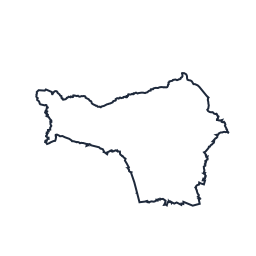 Jungapeo, Michoacán, Mexico (Equal Earth projection), rotated 106°
{"feature_id": "50627088B21047289087879", "entity_name": "Jungapeo", "entity_type": "district", "adm_level": 2, "iso_a3": "MEX", "parent_name": "Mexico", "parent_adm1": "Michoacán", "projection": "equal_earth", "projection_center": [-100.507, 19.411], "detail": "fine", "context": "isolated", "style": "outline", "palette": "slate", "viewbox_px": 256, "rotation_deg": 106, "n_neighbors": 0, "source": "geoboundaries", "source_scale": "gbopen_adm2", "svg_char_len": 5815}
<svg xmlns="http://www.w3.org/2000/svg" viewBox="0 0 256 256"><g transform="rotate(106 128 128)"><path d="M165.7,201.4L164.0,199.1L163.4,198.8L161.1,196.0L160.4,194.5L159.1,194.4L156.7,194.6L156.3,195.0L155.8,194.9L155.1,195.5L154.5,195.6L153.9,194.5L154.3,192.1L154.7,191.1L153.8,188.8L154.3,186.0L154.6,181.5L155.5,178.8L156.1,178.2L155.7,176.4L155.8,173.4L155.5,173.2L155.3,171.6L155.5,170.7L155.9,170.0L155.1,168.9L155.1,168.2L154.8,167.1L154.8,163.5L156.1,162.9L156.6,162.9L156.0,162.1L155.4,161.9L155.4,161.3L154.5,161.7L154.4,160.8L154.1,160.5L154.3,159.4L154.8,158.9L154.5,150.5L155.4,148.8L155.2,148.2L155.4,146.3L157.0,144.8L157.8,144.8L157.8,143.8L159.0,140.8L158.2,140.7L157.2,141.3L155.6,139.4L154.7,138.7L154.8,138.1L154.5,138.3L153.9,137.5L154.7,136.1L154.4,135.5L154.2,135.5L152.8,133.5L153.3,131.8L152.8,131.8L153.0,131.5L153.2,130.2L152.9,129.3L155.1,128.5L155.7,127.9L156.3,126.3L156.6,126.0L156.4,125.5L157.5,124.0L158.2,121.9L160.1,122.0L162.8,119.1L164.5,117.5L165.5,116.4L165.9,116.7L166.5,116.7L166.6,117.0L166.9,116.3L167.5,116.2L167.9,115.5L169.1,115.1L169.6,114.1L169.6,112.4L170.5,112.5L178.4,107.0L187.5,101.6L188.0,101.7L188.0,101.3L196.2,96.5L193.7,90.6L193.4,90.5L193.0,89.8L193.4,89.7L193.3,88.7L193.9,88.7L193.7,87.1L193.2,86.9L192.1,85.3L191.7,82.9L191.1,81.9L190.1,81.3L190.0,80.8L189.2,80.9L189.5,79.5L188.5,79.5L188.4,79.0L188.0,78.9L187.9,78.1L188.1,77.6L187.3,77.5L187.4,77.3L187.0,75.9L186.5,74.9L187.5,71.9L190.0,71.7L191.9,72.1L191.3,70.7L191.3,70.1L191.6,69.4L188.4,69.4L188.1,68.5L187.6,68.6L187.8,68.4L187.5,67.1L186.9,67.2L187.1,66.3L187.5,65.8L188.1,65.4L187.4,65.1L187.9,62.7L186.2,60.7L187.2,55.6L185.9,55.8L185.8,53.9L183.7,54.4L184.8,44.4L181.1,38.2L176.9,40.4L176.6,39.9L176.2,40.8L175.6,39.8L174.6,41.7L174.4,41.5L173.0,41.4L171.8,43.0L169.9,44.3L168.8,44.7L168.5,45.3L167.4,46.0L166.7,46.1L166.6,46.8L165.0,46.4L163.9,45.8L162.8,44.2L160.8,44.5L161.2,42.9L161.3,39.5L157.2,39.5L157.7,41.7L155.8,41.6L155.8,40.9L155.1,40.1L153.7,40.4L153.6,40.0L152.8,40.0L152.8,40.3L151.3,41.2L151.2,41.9L150.9,42.7L150.6,42.0L150.0,41.7L150.0,42.2L149.7,42.2L149.6,42.8L147.5,42.9L146.3,43.7L144.2,44.5L142.9,43.3L142.1,43.5L141.6,44.1L141.2,43.8L140.7,44.1L140.1,44.0L140.0,43.7L139.0,43.7L138.9,44.4L138.4,44.6L137.5,43.7L136.5,43.4L136.3,42.9L135.7,42.9L134.5,43.7L133.6,43.7L134.3,44.7L132.9,45.7L132.7,45.7L132.6,45.4L132.3,45.5L130.4,48.2L129.5,47.1L125.8,45.4L125.0,45.1L123.7,45.1L123.4,44.2L121.7,43.7L120.4,42.5L119.7,42.4L118.4,41.4L116.7,41.6L117.1,42.7L113.7,41.0L113.4,40.4L112.0,39.7L110.9,40.0L110.6,39.9L110.3,41.3L109.9,40.6L109.7,39.6L109.2,39.3L108.3,39.3L106.7,37.6L106.3,36.1L105.9,35.7L105.2,34.5L105.1,33.8L105.1,33.0L104.5,32.0L104.9,30.5L104.5,30.4L103.5,31.9L102.5,32.2L101.9,33.2L101.4,33.2L99.1,35.5L97.9,35.3L96.3,36.4L95.6,37.5L96.3,38.1L96.3,39.7L95.6,40.1L94.4,39.8L95.4,41.4L95.4,42.0L95.7,42.4L95.6,43.4L95.8,44.7L95.0,44.9L93.8,44.2L92.5,44.6L92.1,44.1L91.9,44.2L91.4,45.7L90.7,45.9L90.2,46.4L89.9,46.9L90.5,47.8L90.4,49.4L89.5,50.8L89.5,51.3L90.0,52.4L90.1,54.0L89.6,55.7L88.6,56.8L87.2,56.2L83.9,56.6L82.5,57.4L80.8,58.0L78.9,59.1L77.9,59.0L77.1,59.5L76.5,59.1L75.4,61.3L68.8,70.8L67.8,72.8L67.4,75.7L67.8,77.1L65.5,79.6L65.1,81.0L65.3,82.7L65.2,84.1L64.0,84.9L61.9,85.6L60.4,86.8L59.8,89.1L60.2,90.8L60.3,91.1L60.8,91.1L61.7,90.4L63.3,89.9L64.3,90.2L65.2,91.1L66.1,91.0L66.9,91.7L67.2,92.6L68.1,93.4L68.5,94.1L68.3,95.7L69.4,98.0L70.3,98.3L71.8,101.0L72.4,101.0L73.1,101.6L74.8,101.0L75.2,101.4L76.8,101.3L77.9,101.6L78.5,102.6L78.6,103.9L79.1,104.6L79.0,105.0L79.5,107.4L80.3,109.1L81.3,110.2L81.8,112.5L82.6,113.9L83.0,114.5L83.8,114.6L84.0,115.0L84.1,115.8L84.5,116.1L84.6,116.7L85.8,116.6L86.0,117.3L86.4,117.9L86.9,118.4L88.3,119.2L89.0,120.4L89.7,121.2L89.9,123.3L90.3,124.8L91.5,127.4L92.2,128.3L91.8,130.1L92.7,131.1L93.0,132.0L93.7,131.8L94.2,132.4L94.0,132.8L94.2,133.7L95.1,134.6L95.5,136.9L95.7,137.1L96.7,136.8L97.3,136.9L97.6,138.1L98.7,137.6L99.0,138.2L98.9,139.7L99.4,140.8L100.2,141.0L100.3,141.4L100.8,142.1L101.2,142.9L100.9,143.8L101.2,144.5L102.3,145.0L102.3,146.6L103.6,147.8L104.6,147.4L105.1,147.6L106.1,149.4L106.6,149.7L107.5,149.8L109.4,152.0L109.8,152.9L110.3,153.4L111.0,154.7L113.4,157.2L114.6,159.3L115.6,159.9L115.6,160.4L115.3,161.0L115.9,163.0L115.2,164.2L115.5,165.1L115.0,166.4L115.1,166.7L114.6,168.9L114.0,169.8L112.9,170.4L112.4,171.0L112.3,172.3L111.2,173.7L110.6,177.1L109.6,177.6L109.4,177.9L109.4,179.3L109.9,180.2L110.1,181.4L111.2,182.9L111.2,184.3L110.8,185.0L111.5,186.2L111.4,187.3L111.7,187.9L111.5,188.9L111.8,189.6L113.4,189.5L113.6,189.9L113.4,191.5L114.3,191.7L114.3,193.7L115.3,194.3L115.8,195.1L116.2,195.0L117.5,195.9L118.7,198.2L117.6,199.9L117.4,199.7L117.2,200.3L115.7,200.8L115.5,202.3L114.6,203.0L113.8,205.0L113.4,205.6L113.0,205.7L112.4,206.6L112.4,207.5L112.8,208.4L113.5,209.0L115.9,209.9L116.3,209.9L116.4,210.2L116.1,210.5L114.4,211.2L113.6,217.6L115.0,218.3L116.3,224.3L118.5,225.6L120.2,225.0L120.9,225.3L121.7,224.9L122.8,224.9L123.7,224.2L124.2,223.0L125.3,223.3L126.2,222.9L126.6,221.4L127.5,220.4L129.0,219.5L129.4,218.8L129.2,214.3L128.6,213.6L128.5,212.8L130.0,211.7L130.3,210.8L130.7,210.8L131.2,211.6L133.2,211.4L133.8,211.8L134.1,211.4L134.3,210.3L134.6,210.4L135.5,212.0L135.9,212.0L136.3,211.5L136.4,210.0L137.1,210.2L137.5,209.5L137.5,208.6L138.2,208.5L139.0,209.4L139.2,208.7L139.1,208.0L139.6,206.8L140.5,206.1L141.9,203.8L142.1,203.8L142.3,204.4L142.6,204.5L143.0,203.4L143.3,203.3L143.9,204.2L145.9,203.5L147.1,202.3L149.1,202.9L151.0,202.3L152.0,204.4L152.4,204.3L153.3,203.3L154.5,204.7L155.3,203.9L155.8,204.7L156.7,204.0L157.2,204.0L158.2,204.6L158.6,204.5L159.1,203.2L159.4,202.3L159.2,201.7L160.3,201.3L160.6,202.4L162.7,202.6L162.8,203.8L163.0,203.9L164.4,203.8L164.7,202.5L165.7,201.4Z" fill="none" stroke="#1e293b" stroke-width="2"/></g></svg>